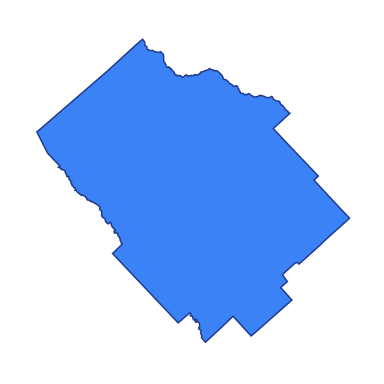 Chivilcoy, Buenos Aires, Argentina, rotated 184°
{"feature_id": "61730980B82313314600145", "entity_name": "Chivilcoy", "entity_type": "district", "adm_level": 2, "iso_a3": "ARG", "parent_name": "Argentina", "parent_adm1": "Buenos Aires", "projection": "mercator", "projection_center": [-59.874, -34.908], "detail": "fine", "context": "isolated", "style": "filled", "palette": "blue", "viewbox_px": 384, "rotation_deg": 184, "n_neighbors": 0, "source": "geoboundaries", "source_scale": "gbopen_adm2", "svg_char_len": 6012}
<svg xmlns="http://www.w3.org/2000/svg" viewBox="0 0 384 384"><g transform="rotate(184 192 192)"><path d="M196.7,60.5L185.7,71.4L185.3,71.1L184.6,70.2L184.8,69.2L185.0,69.0L185.1,68.6L184.7,68.2L183.3,68.1L182.9,67.9L182.5,67.5L182.3,66.1L181.7,64.9L181.4,64.6L180.8,64.6L179.9,65.3L179.0,65.3L178.4,65.0L178.1,64.6L179.4,64.1L179.9,63.4L179.7,62.9L178.9,62.4L178.3,62.4L177.8,62.9L177.0,63.1L176.4,62.5L175.7,62.1L175.4,61.7L175.3,61.0L175.2,58.7L174.9,58.1L175.4,57.4L175.8,57.1L175.9,56.9L175.8,56.2L175.4,55.7L174.8,55.3L173.6,55.1L173.4,54.8L173.3,54.1L173.5,52.7L173.3,51.6L173.2,51.1L172.7,50.2L172.3,49.5L172.1,48.9L172.2,48.2L172.4,47.6L172.3,47.3L168.1,43.1L154.7,57.4L142.4,70.9L123.0,52.5L118.0,57.4L84.8,91.2L96.9,102.9L90.6,109.4L93.3,112.4L95.6,115.6L95.3,116.7L84.2,128.2L81.9,129.1L80.2,127.6L62.1,146.3L58.8,149.9L57.1,151.9L33.0,176.8L57.2,199.2L71.1,212.3L67.1,216.7L95.5,242.6L115.4,260.9L99.8,277.4L101.0,277.7L101.4,278.1L101.7,278.7L102.1,279.2L102.7,279.5L103.3,280.1L104.1,280.4L104.6,280.9L105.3,282.0L107.6,284.6L108.4,284.8L108.8,285.2L109.8,285.9L110.2,286.3L110.7,288.1L111.2,288.4L111.7,288.7L112.9,288.8L114.1,288.5L114.6,288.7L115.7,289.5L117.0,290.1L117.3,290.6L117.8,291.0L118.1,291.5L118.2,292.0L118.4,292.5L119.1,292.9L119.5,292.8L120.0,292.5L121.0,291.7L121.6,291.4L122.9,291.6L124.3,291.3L124.9,291.5L125.8,292.2L127.2,292.4L127.9,292.7L128.6,293.0L129.4,293.2L130.7,292.9L131.4,293.0L132.0,292.7L133.4,291.5L134.7,291.6L135.5,291.2L136.8,291.0L137.3,291.3L137.7,291.7L138.2,292.0L139.1,292.1L139.7,292.6L140.7,293.2L141.3,293.8L141.7,294.0L142.3,294.1L142.8,293.9L143.2,293.6L143.5,293.1L144.0,292.8L144.6,292.8L145.3,293.2L146.6,292.8L147.4,293.4L148.1,294.0L149.4,293.8L150.0,294.0L150.8,294.6L151.3,296.0L152.2,296.8L152.5,297.5L152.5,298.1L153.1,298.5L153.4,299.1L153.9,300.4L154.4,300.9L155.0,301.1L155.6,301.1L157.6,300.3L158.5,300.6L159.2,301.5L159.6,301.9L160.4,302.3L161.3,302.5L161.6,302.7L162.0,302.8L162.8,303.3L163.6,304.7L165.9,306.3L168.0,306.6L168.6,307.1L169.7,309.6L170.1,310.4L170.7,310.9L171.1,311.0L171.6,311.7L172.3,311.9L173.0,313.0L173.6,313.3L174.4,313.8L174.9,314.5L176.2,314.7L177.2,314.4L177.8,314.4L178.2,314.8L178.7,314.7L179.3,315.2L180.1,315.0L182.1,315.7L182.6,316.3L183.2,316.4L183.8,315.8L184.3,315.2L184.7,314.9L185.5,314.8L186.2,314.5L186.7,314.1L188.0,313.7L189.5,312.7L191.6,312.2L192.0,311.6L192.2,310.9L192.6,310.3L193.2,310.2L194.3,309.3L194.9,308.9L195.3,308.9L195.8,309.3L196.2,309.3L196.6,309.1L197.1,309.3L197.4,309.3L198.0,308.9L199.9,307.9L200.6,308.1L200.9,308.3L201.8,308.0L202.4,307.7L203.2,307.4L203.8,307.6L204.5,307.4L204.9,307.7L205.2,308.2L205.9,308.3L206.7,308.1L207.2,307.7L208.0,306.7L208.8,306.1L209.3,305.9L210.3,306.1L211.1,306.6L211.5,307.2L212.5,307.4L213.3,307.3L213.9,306.9L214.3,306.8L215.0,307.3L215.6,307.3L216.2,307.9L216.6,307.6L217.0,307.7L217.6,308.8L217.9,309.9L218.5,310.2L218.8,310.7L220.3,312.2L221.0,312.5L221.4,313.1L221.5,313.6L221.9,313.6L222.2,314.0L222.8,314.0L223.3,314.7L223.7,314.9L223.9,315.2L224.6,315.1L225.1,314.8L225.6,314.9L226.5,315.8L226.8,316.3L227.1,317.3L227.5,317.7L227.6,318.4L228.0,318.8L228.3,319.5L228.9,319.9L229.0,320.3L229.3,320.6L229.5,321.4L229.5,323.0L229.6,323.6L229.7,324.8L230.1,327.2L232.7,329.5L233.3,329.8L233.8,329.4L236.1,328.8L237.4,329.3L238.1,329.4L238.8,329.3L239.5,329.4L240.8,330.5L241.5,330.5L243.1,330.1L244.2,330.3L244.7,330.5L245.0,330.8L245.7,330.8L246.3,330.9L247.0,332.3L247.0,333.0L247.3,333.8L247.9,334.0L248.3,334.6L248.9,334.8L249.4,335.6L249.4,337.2L249.7,338.1L250.2,338.9L251.3,340.3L252.1,340.9L257.7,335.3L285.0,306.6L349.7,242.3L351.0,241.2L338.8,220.7L325.7,208.7L327.0,207.3L326.7,207.2L326.3,207.2L325.9,207.2L325.3,206.8L324.6,206.1L324.3,205.9L324.1,205.6L323.9,205.2L323.7,205.2L323.1,205.5L322.7,205.3L322.1,205.4L321.9,205.2L321.6,205.2L321.2,204.8L320.8,204.5L320.5,204.5L320.3,204.3L319.9,203.8L319.9,203.5L319.5,202.8L319.7,202.3L319.6,202.1L318.9,201.7L318.6,201.3L318.6,200.7L318.4,200.5L318.4,199.9L318.1,199.4L318.1,199.0L318.0,198.8L317.6,198.6L316.9,198.7L316.6,198.9L316.2,199.0L315.7,198.5L315.9,198.1L315.7,197.5L315.5,197.3L315.7,196.9L315.7,196.7L315.4,196.2L314.8,195.7L314.6,195.5L314.5,195.4L314.3,195.1L314.1,195.0L314.1,194.6L313.8,194.3L313.5,193.7L313.0,193.2L313.0,192.8L312.9,192.7L313.2,192.2L312.8,191.7L312.5,191.6L312.4,191.4L312.3,190.6L312.2,190.3L311.6,189.7L311.1,189.5L310.8,189.2L310.5,188.5L310.2,188.3L309.8,188.2L309.5,188.0L309.0,187.4L308.7,187.2L308.6,186.7L308.2,186.3L308.5,186.0L308.7,185.6L308.4,185.7L307.8,185.6L306.7,184.3L306.4,184.1L306.0,183.6L305.6,183.5L305.4,183.2L305.0,183.1L304.6,182.6L303.9,182.1L303.1,181.7L302.4,181.6L302.1,181.3L302.1,180.9L301.9,180.9L301.4,181.2L300.8,181.2L300.1,181.1L299.7,180.7L299.2,180.5L298.4,180.3L298.1,180.2L297.5,179.0L297.2,178.7L296.8,178.6L296.4,178.2L296.4,177.7L296.3,177.4L296.0,176.9L295.7,176.7L294.6,176.9L294.4,176.7L294.0,176.3L293.5,176.0L292.8,176.0L292.5,175.9L291.9,175.4L291.6,175.3L291.3,175.8L291.1,175.7L290.5,175.2L290.3,175.1L289.1,174.5L288.5,174.0L288.2,173.9L287.7,174.0L287.1,173.7L286.8,173.3L286.6,173.3L285.8,172.8L285.2,172.7L284.4,171.9L282.6,170.3L283.0,168.5L282.8,168.0L282.2,167.7L281.6,167.2L281.0,166.4L280.7,165.8L280.5,165.1L280.6,164.1L280.5,162.8L280.2,161.6L279.5,160.5L278.0,159.9L277.2,159.3L276.8,158.8L276.6,157.8L275.8,156.1L274.6,155.1L273.7,154.5L272.8,154.6L272.4,155.3L271.1,156.0L270.5,155.8L270.3,155.0L270.4,153.6L269.7,152.9L269.5,152.6L269.4,152.0L269.1,151.5L268.8,151.1L268.2,150.9L267.5,150.4L267.0,149.5L265.8,148.9L265.6,148.5L265.7,147.8L266.0,147.6L266.9,147.5L267.0,147.2L266.9,146.5L266.7,145.9L266.1,145.5L265.7,145.5L264.8,145.8L264.4,146.1L263.9,146.1L263.3,145.6L262.9,145.1L263.0,144.5L263.1,144.1L263.0,143.7L262.6,143.1L261.8,142.5L261.5,142.2L261.4,141.4L261.1,141.2L260.8,140.9L260.3,139.6L260.3,139.0L260.0,138.2L259.4,137.4L259.0,136.9L259.1,136.2L258.3,135.5L257.8,135.3L267.0,125.1L196.7,60.5Z" fill="#3b82f6" stroke="#1e3a8a" stroke-width="1.5"/></g></svg>